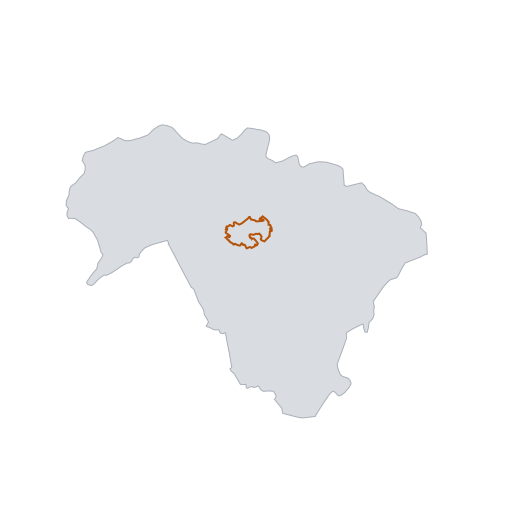 Boulkiemde, Boulkiemdé, Burkina Faso shown in context, rotated 63°
{"feature_id": "67063806B25202403935187", "entity_name": "Boulkiemde", "entity_type": "district", "adm_level": 2, "iso_a3": "BFA", "parent_name": "Burkina Faso", "parent_adm1": "Boulkiemdé", "projection": "equal_earth", "projection_center": [-2.114, 12.316], "detail": "fine", "context": "in_parent", "style": "outline", "palette": "amber", "viewbox_px": 512, "rotation_deg": 63, "n_neighbors": 0, "source": "geoboundaries", "source_scale": "gbopen_adm2", "svg_char_len": 8202}
<svg xmlns="http://www.w3.org/2000/svg" viewBox="0 0 512 512"><g transform="rotate(63 256 256)"><path d="M362.2,328.2L351.1,328.8L347.1,330.4L344.7,330.4L344.6,329.0L344.3,328.2L330.3,323.8L320.5,321.1L310.6,318.1L310.1,320.9L308.6,322.7L306.5,322.8L305.0,322.4L304.0,324.5L302.4,327.3L300.1,328.7L297.8,330.5L296.6,332.0L295.7,332.0L293.4,328.4L290.4,328.1L284.7,328.7L282.2,327.7L278.7,327.2L270.6,327.9L257.5,326.5L255.4,327.3L254.8,327.9L241.9,328.1L227.7,328.3L215.8,328.4L205.3,328.6L205.3,328.0L202.0,327.9L201.6,329.1L198.7,343.5L198.3,351.4L199.9,356.2L201.6,359.3L203.6,360.6L203.8,362.4L202.2,364.6L202.4,366.9L204.2,369.3L204.7,371.8L203.7,374.5L204.0,380.8L205.3,390.9L205.4,397.4L204.1,400.3L204.7,405.4L207.2,412.6L207.7,415.7L206.8,417.1L204.6,419.0L202.5,418.9L200.0,414.5L198.9,412.6L196.8,408.2L195.1,403.7L192.8,401.8L190.5,400.0L187.7,394.4L185.0,391.7L182.2,392.4L178.0,391.4L169.6,390.0L160.6,390.4L156.9,391.7L153.2,393.8L143.8,398.3L140.1,400.5L137.3,406.1L134.1,406.0L130.9,404.2L128.9,401.6L124.7,402.2L120.5,399.7L116.6,394.8L113.6,393.2L109.9,389.7L108.9,382.9L106.5,378.2L104.4,371.6L101.1,368.7L97.4,367.1L92.2,367.5L88.9,364.8L86.2,361.0L86.9,357.7L88.1,352.9L88.3,348.4L89.1,341.0L88.7,331.8L87.8,325.3L90.6,322.7L93.9,320.3L96.0,315.9L98.1,306.1L99.1,297.6L98.4,294.5L97.3,292.0L96.5,288.3L96.0,283.9L96.6,280.0L99.1,276.4L102.2,273.4L104.5,271.9L110.3,270.4L117.7,268.2L121.9,265.6L125.0,263.1L126.7,261.1L128.5,257.0L131.4,253.8L133.6,250.6L133.9,241.6L133.9,236.5L132.3,233.7L131.4,231.3L142.3,224.3L142.4,219.3L140.9,213.8L138.8,209.4L138.0,205.5L141.0,201.0L143.7,197.7L145.6,194.8L149.9,190.4L154.3,189.3L158.4,190.9L170.2,201.2L172.3,201.9L174.7,201.1L177.9,198.4L181.9,196.2L183.4,189.3L183.3,179.2L184.2,174.5L186.4,173.7L193.2,175.6L195.0,175.7L197.0,175.1L198.4,173.3L198.4,170.0L198.0,167.1L200.3,157.7L204.3,150.7L212.6,141.8L215.1,140.1L218.1,139.1L232.8,145.2L235.2,143.7L238.7,128.7L242.7,127.2L247.5,127.0L250.6,125.7L252.2,124.6L259.2,118.9L271.5,111.2L278.1,107.9L279.4,106.6L284.1,101.1L290.4,94.8L294.4,93.5L299.9,93.0L303.4,94.1L304.4,95.9L305.5,96.8L312.8,94.1L323.1,98.4L332.1,102.6L331.5,105.2L331.5,110.0L330.8,117.4L329.9,126.3L333.6,132.1L338.1,138.3L339.3,140.8L338.1,146.9L339.0,150.5L341.3,156.5L345.4,164.1L349.5,171.9L352.3,173.0L355.0,173.6L356.7,175.0L359.1,176.4L361.5,177.2L363.5,179.0L364.9,180.6L366.6,185.5L371.3,188.7L374.5,191.8L373.2,193.4L369.2,192.8L365.4,191.4L364.9,193.7L364.8,202.6L365.4,210.0L366.3,211.0L370.1,212.3L379.2,221.9L387.5,231.0L390.3,233.4L394.8,234.3L399.9,234.7L402.1,233.8L407.0,229.3L409.6,228.7L412.0,228.9L413.3,229.6L415.7,233.3L418.0,239.0L418.6,243.2L418.4,245.4L417.7,246.2L413.7,247.3L411.9,248.2L411.5,249.4L412.1,252.2L412.9,254.0L417.4,262.2L423.8,273.2L425.8,276.0L424.7,279.3L421.5,287.9L419.1,291.4L408.4,303.6L403.2,302.2L392.1,304.6L390.4,301.8L387.9,301.5L384.7,301.9L383.5,303.0L383.2,304.2L382.0,305.9L380.0,310.7L378.4,311.9L376.5,312.7L374.1,312.6L372.7,313.2L372.6,315.6L372.2,317.7L370.6,318.7L369.9,321.1L370.1,323.4L369.1,324.4L367.0,323.8L365.8,323.2L364.6,326.2L363.2,328.2L362.2,328.2Z" fill="#d9dde1" stroke="#a8b0b8" stroke-width="1"/><path d="M240.0,230.1L239.7,230.5L239.3,230.8L239.1,231.0L238.8,231.1L238.7,231.2L238.4,231.2L238.3,230.9L238.2,230.9L238.3,230.7L238.5,230.2L238.6,229.9L238.4,229.6L238.2,229.4L237.5,229.4L237.0,229.4L236.6,229.5L236.2,229.5L235.6,229.3L235.2,229.3L234.9,229.3L234.7,229.3L234.4,229.5L234.3,229.8L234.4,230.0L233.9,230.2L233.8,230.4L233.7,230.3L233.7,230.2L233.5,230.3L233.3,230.3L233.2,230.3L232.7,230.1L232.1,229.7L231.6,229.4L231.4,229.2L231.2,229.2L231.0,229.4L230.9,229.6L230.0,229.7L229.0,229.7L227.2,230.5L225.4,231.3L224.8,231.6L223.7,232.1L223.9,232.6L224.0,233.0L224.0,233.4L224.1,233.6L224.3,233.9L224.2,234.2L224.2,234.6L224.3,235.1L224.4,235.3L224.5,235.7L224.6,235.8L224.7,236.0L224.9,236.0L225.6,235.7L225.9,235.5L226.0,235.5L226.1,235.4L226.1,235.2L226.0,234.8L225.9,234.1L226.0,233.9L226.3,233.6L226.6,233.3L226.8,233.2L227.5,233.0L227.8,233.1L227.8,233.3L227.7,233.6L227.7,233.8L227.5,234.2L227.4,234.2L227.3,234.4L227.4,234.5L227.5,234.8L227.4,234.9L227.4,235.0L227.2,235.3L227.1,235.8L226.9,236.2L226.5,237.2L226.1,238.2L225.4,239.8L225.3,240.1L224.9,240.3L224.1,240.6L223.6,240.9L223.2,241.4L222.1,242.7L221.5,243.6L221.3,243.8L221.1,243.9L220.8,243.8L220.4,243.8L220.2,243.8L219.9,243.9L218.5,243.8L218.4,243.8L218.2,244.5L218.2,244.8L218.3,244.9L218.6,245.2L218.7,245.4L218.8,245.7L218.9,246.1L219.0,246.7L219.4,248.4L219.5,249.1L219.6,249.8L220.0,251.2L220.4,253.8L220.5,254.4L220.5,254.7L220.4,255.6L220.4,256.5L220.2,256.8L219.1,257.6L218.7,257.9L216.7,259.1L216.4,259.4L216.2,259.6L216.2,260.6L216.8,261.0L218.3,261.6L218.7,261.8L218.9,261.9L218.9,262.0L219.0,262.2L219.0,263.0L219.0,263.3L218.8,263.5L217.6,264.3L217.2,264.7L216.6,265.0L216.5,265.5L216.8,266.1L216.8,266.4L216.9,266.6L216.9,267.0L216.7,267.9L216.5,268.3L216.4,268.5L216.4,268.8L216.7,269.1L217.0,269.5L217.3,269.8L217.5,269.6L218.1,269.3L218.1,269.2L218.3,269.2L218.7,269.6L218.8,269.8L219.0,269.9L219.0,270.0L219.3,269.7L219.5,269.8L219.6,270.0L219.7,270.3L220.0,270.8L220.3,271.4L221.0,272.2L221.3,272.4L221.6,272.4L222.4,272.0L223.1,271.6L223.7,271.2L224.3,270.9L224.9,270.6L225.8,270.2L226.3,270.0L226.6,270.2L226.7,270.4L227.1,271.1L227.1,271.3L227.0,271.6L226.9,271.7L226.7,271.7L226.4,271.9L226.1,272.0L225.6,272.3L225.5,272.5L225.4,272.6L225.4,272.8L225.5,273.2L225.6,273.5L225.7,273.9L225.7,274.1L225.8,274.5L225.9,274.4L226.2,274.4L226.7,274.3L227.4,274.1L228.8,273.7L229.2,273.5L229.3,273.3L229.4,273.2L229.5,273.2L229.8,273.1L230.0,273.1L230.3,273.0L230.5,273.1L230.8,273.1L231.1,272.9L231.4,272.8L231.8,272.7L232.2,272.5L232.4,272.5L232.5,272.4L232.8,272.0L233.0,271.8L233.4,271.6L233.6,271.5L234.6,271.1L234.9,270.9L235.3,270.8L235.6,270.8L235.9,270.1L235.8,269.9L235.4,269.7L235.5,269.3L236.4,268.5L237.6,267.7L237.8,267.4L238.6,266.8L239.0,266.2L239.3,265.8L239.4,265.6L239.4,265.4L239.3,265.2L239.2,265.1L239.2,264.9L238.7,264.2L238.5,263.9L238.3,263.3L238.2,263.1L238.2,262.9L238.3,262.9L238.4,263.0L238.5,263.0L239.0,262.8L239.3,262.6L239.4,262.4L239.6,262.4L239.9,262.5L240.0,262.5L240.1,262.4L240.1,262.5L240.3,262.4L240.4,262.2L240.6,261.8L240.6,261.7L240.7,261.3L240.8,261.1L241.0,260.9L241.7,260.9L242.4,260.9L242.9,260.9L243.8,260.9L244.4,260.9L244.8,260.9L245.0,260.8L245.0,259.5L245.1,259.1L245.0,258.3L245.1,257.8L245.2,257.6L245.3,257.4L245.4,257.1L245.6,256.9L245.9,256.8L246.2,256.7L246.5,256.5L246.7,256.4L246.8,256.0L246.8,255.3L246.7,254.6L246.8,254.0L246.8,253.5L246.8,253.2L246.8,252.9L246.8,252.7L246.7,252.5L246.3,252.3L246.1,252.2L245.9,252.1L245.7,252.0L245.5,251.9L245.4,251.7L245.5,251.4L245.7,251.2L246.4,251.0L246.7,250.8L246.8,250.7L246.8,250.4L246.6,250.3L246.2,249.4L245.9,248.9L245.7,248.8L245.6,248.6L243.6,249.0L242.4,249.2L241.0,249.6L240.1,249.8L239.8,249.8L239.6,250.0L239.4,250.3L239.1,250.9L238.9,251.2L238.4,251.8L238.5,251.9L238.4,251.9L238.4,252.0L238.1,252.3L238.0,252.2L237.9,252.3L237.6,252.3L237.6,252.1L237.3,252.2L237.1,252.5L237.2,252.8L236.7,252.9L236.4,252.9L236.1,252.8L235.9,252.7L235.6,252.8L235.4,252.8L235.2,252.8L235.1,252.7L234.7,252.2L234.5,251.9L234.3,251.9L234.2,251.9L234.1,251.1L235.0,249.9L235.4,249.3L235.8,248.8L236.1,248.3L236.1,247.4L236.1,246.2L236.3,245.8L237.3,244.4L237.4,244.2L237.3,243.7L237.3,243.4L237.4,243.2L237.5,243.0L237.6,242.9L237.8,242.9L238.1,242.8L238.7,242.6L239.3,242.4L239.7,242.3L239.9,242.4L240.4,242.4L240.6,242.3L240.9,242.3L241.1,242.3L241.4,242.4L242.0,242.8L242.2,243.0L242.6,243.5L242.9,243.9L243.0,244.1L243.4,244.2L243.6,244.2L243.9,244.1L244.5,243.7L245.0,243.5L245.5,243.1L245.7,242.9L246.1,242.5L246.4,242.2L246.7,241.9L246.8,241.8L246.8,241.7L246.6,241.2L246.5,240.9L246.3,240.4L245.7,238.7L245.5,238.2L245.4,237.3L245.3,237.1L245.2,237.0L245.0,236.5L244.8,236.2L244.6,235.2L244.5,234.9L244.4,234.7L244.2,234.7L243.8,234.7L243.6,234.7L243.0,234.2L242.7,233.9L242.5,233.7L242.2,233.6L241.8,233.3L241.2,233.0L240.8,232.8L240.3,232.5L240.2,232.3L240.2,232.2L240.3,232.0L240.6,231.5L240.8,231.2L240.9,230.9L240.7,230.7L240.5,230.4L240.4,230.3L240.2,230.2L240.0,230.1Z" fill="none" stroke="#b45309" stroke-width="2"/></g></svg>